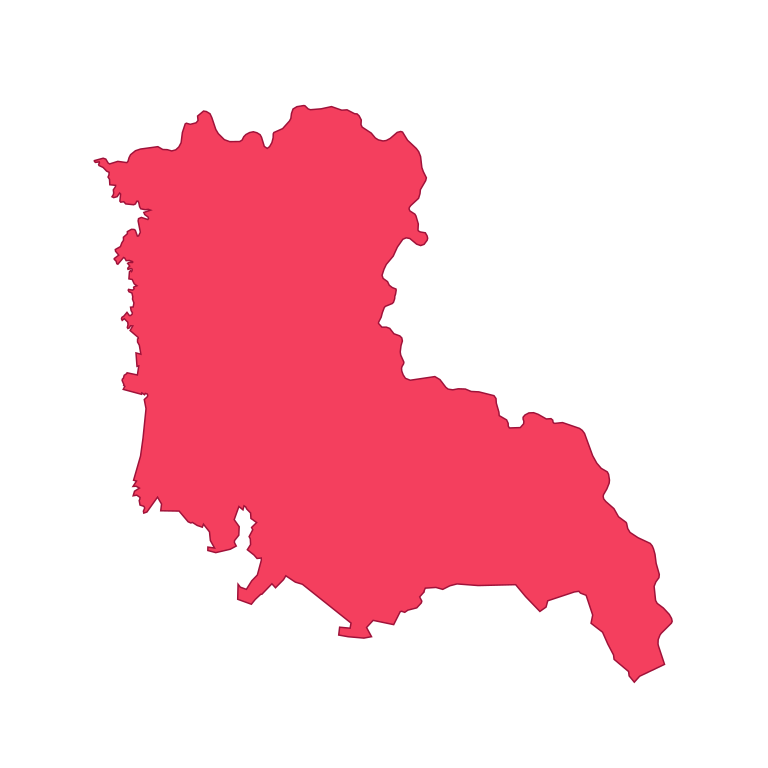 Skaņkalnes pag., Mazsalacas, Latvia, rotated 6°
{"feature_id": "27541924B43607455964711", "entity_name": "Skaņkalnes pag.", "entity_type": "district", "adm_level": 2, "iso_a3": "LVA", "parent_name": "Latvia", "parent_adm1": "Mazsalacas", "projection": "albers", "projection_center": [24.962, 57.86], "detail": "fine", "context": "isolated", "style": "filled", "palette": "rose", "viewbox_px": 768, "rotation_deg": 6, "n_neighbors": 0, "source": "geoboundaries", "source_scale": "gbopen_adm2", "svg_char_len": 6142}
<svg xmlns="http://www.w3.org/2000/svg" viewBox="0 0 768 768"><g transform="rotate(6 384 384)"><path d="M616.9,477.7L614.5,475.3L613.7,472.8L613.9,471.1L616.6,465.1L618.3,459.1L618.3,456.0L616.8,450.4L615.3,448.1L608.9,445.2L603.9,440.5L599.0,433.5L588.6,412.2L586.0,409.4L583.1,407.7L565.6,403.7L558.0,405.3L556.7,405.0L556.0,404.0L555.6,402.3L553.7,401.0L549.1,401.8L540.4,398.0L535.8,396.9L531.1,397.6L527.4,400.1L525.8,402.5L526.0,404.4L527.0,406.5L527.0,409.0L524.1,413.1L513.3,414.6L512.0,412.9L511.6,410.1L509.7,406.9L501.9,403.4L501.2,399.9L497.7,391.3L496.9,386.7L494.6,384.1L479.2,381.9L471.5,382.3L465.4,380.5L458.4,381.0L453.0,382.6L448.4,382.4L445.9,380.9L439.2,373.8L433.8,371.3L409.7,377.5L404.7,376.1L402.1,372.9L400.3,369.2L399.8,366.5L400.1,364.7L401.4,361.8L401.5,360.2L397.6,353.5L396.8,350.4L396.9,344.1L397.8,339.3L396.9,336.3L394.7,334.5L388.6,333.0L383.9,328.1L380.4,327.2L376.0,327.7L372.2,324.3L372.2,323.1L374.2,317.9L374.9,313.3L376.3,307.9L377.3,306.6L383.8,303.1L384.9,301.7L385.7,298.1L385.6,295.5L386.1,293.5L386.3,289.4L386.0,288.3L382.1,287.2L378.9,285.2L376.8,281.8L372.1,279.1L370.7,276.1L372.0,269.9L373.8,264.8L379.8,255.9L383.0,246.4L387.6,238.1L390.8,236.3L394.5,236.6L401.8,241.5L406.0,242.5L409.3,240.9L411.9,236.5L412.2,234.5L411.4,232.2L409.3,229.3L404.2,229.0L402.3,228.2L401.7,227.3L401.4,221.3L398.2,213.5L396.9,211.8L391.7,209.2L390.6,207.3L390.8,205.7L391.9,203.8L399.0,195.7L399.9,191.0L399.9,186.9L404.2,177.4L404.6,174.5L400.9,168.7L399.0,164.7L396.6,153.9L394.2,149.3L391.5,146.4L381.9,139.1L376.1,131.5L374.2,131.1L370.8,132.4L364.5,139.1L360.8,141.6L357.6,142.4L352.9,141.8L349.6,140.2L345.1,135.8L335.4,130.8L334.0,128.4L333.8,123.8L331.3,120.0L329.0,118.2L326.6,118.3L318.6,115.2L313.4,116.1L302.8,113.6L292.7,116.9L282.2,118.9L279.9,118.4L276.2,115.5L274.9,115.5L268.4,117.3L264.8,120.0L263.7,124.6L263.6,129.6L262.5,132.3L256.5,140.6L248.2,145.4L247.7,146.8L248.0,150.7L247.3,155.6L245.4,159.9L243.2,161.9L240.1,160.2L236.4,151.4L234.7,149.0L231.4,147.4L227.7,146.8L224.0,148.0L220.6,150.3L218.7,152.7L217.4,156.2L215.3,157.9L205.3,159.1L199.7,157.7L193.0,152.3L190.1,148.4L184.9,137.0L182.7,133.4L178.9,131.6L176.0,131.4L170.6,137.0L171.5,141.4L169.8,143.9L164.2,146.0L160.2,145.3L159.1,146.1L157.2,154.9L157.0,165.2L155.2,169.7L152.4,172.9L148.5,174.4L144.0,173.6L139.5,173.9L134.3,171.6L117.2,175.8L112.4,178.0L108.0,182.4L106.8,185.5L106.1,189.4L105.1,190.7L96.0,190.4L88.1,193.8L86.6,193.1L83.8,189.4L81.1,188.8L72.6,192.1L72.8,193.0L73.9,193.8L77.6,192.9L77.9,193.9L77.2,195.4L77.7,196.5L82.0,198.0L85.9,201.3L88.5,202.2L88.6,204.7L87.9,207.0L89.6,209.1L90.5,214.5L96.3,214.5L96.3,215.8L94.5,219.2L95.2,222.3L95.0,224.0L93.9,226.2L95.7,226.9L99.0,225.6L101.1,221.7L102.2,222.6L102.2,229.7L103.2,230.7L106.1,229.9L108.3,231.9L116.3,231.9L118.0,230.9L119.0,228.1L120.2,227.9L121.3,229.7L122.4,233.2L123.8,235.2L128.4,235.6L131.3,234.9L133.7,235.5L127.2,238.5L128.3,240.5L132.0,242.7L132.5,244.0L131.9,245.1L125.3,243.7L122.6,245.2L122.4,247.5L125.8,258.5L124.4,262.4L123.3,262.7L120.6,257.1L119.2,256.4L116.6,256.6L112.8,259.3L113.1,261.3L109.5,265.3L109.9,268.3L108.5,271.0L107.5,274.9L102.7,278.3L103.1,280.0L106.7,283.6L102.6,287.4L102.7,288.2L104.8,289.9L105.7,292.3L106.8,292.7L111.8,285.4L112.9,285.8L114.7,288.3L117.8,287.7L121.1,288.5L121.4,289.0L121.1,289.5L117.8,289.7L116.4,290.8L118.8,293.3L117.3,295.1L117.1,296.2L117.5,296.8L120.3,295.6L121.5,296.1L121.7,297.3L121.2,298.6L120.1,297.7L119.1,299.0L119.3,306.1L122.7,306.4L125.1,310.5L128.0,312.1L125.2,313.5L124.9,314.3L125.6,315.4L124.2,316.9L120.1,316.6L119.8,317.4L120.7,318.9L123.8,319.9L125.0,323.5L125.0,325.9L126.8,329.5L126.5,333.6L123.9,334.1L124.8,337.4L126.3,339.5L126.2,340.9L124.8,342.4L123.6,342.5L120.9,339.6L118.2,343.6L116.4,345.1L116.1,346.7L117.0,348.1L118.9,346.2L122.7,349.3L123.2,351.8L122.8,354.6L123.5,355.6L124.9,354.7L125.8,352.5L128.1,352.5L125.9,357.4L134.7,363.4L134.9,364.3L134.2,365.0L134.5,368.0L136.6,371.0L139.1,379.8L134.1,379.0L136.5,392.3L138.2,391.6L137.8,400.8L127.3,399.7L127.0,400.6L124.7,402.5L124.2,405.5L123.3,406.5L123.2,407.9L125.4,411.8L125.2,412.5L126.5,413.4L125.2,416.6L143.9,419.6L144.1,418.2L147.0,419.7L147.6,418.3L149.6,418.7L150.2,419.8L150.1,421.2L147.2,424.5L149.9,433.4L150.0,463.0L149.4,481.1L145.0,505.9L148.0,506.4L145.1,512.1L148.2,511.6L151.6,513.1L147.1,516.7L146.2,521.4L149.7,520.4L153.2,522.3L153.2,524.1L152.7,525.4L154.0,529.9L157.8,530.7L158.7,531.7L158.9,532.6L158.0,535.6L158.6,537.5L161.6,536.1L170.6,520.2L175.3,526.6L175.2,533.4L193.5,531.8L203.6,541.5L206.4,542.4L208.0,541.7L213.0,544.2L218.3,545.4L219.1,542.3L225.9,549.3L227.7,557.9L232.6,564.8L225.9,564.6L226.2,568.0L234.3,569.3L248.4,564.4L254.0,560.6L251.8,557.3L251.7,555.4L255.4,549.6L254.9,541.0L249.2,534.6L252.5,521.0L256.9,523.9L257.5,519.8L259.3,520.7L260.6,522.7L264.8,526.2L265.7,531.6L271.8,535.1L267.3,540.5L268.7,542.7L265.8,549.9L267.2,551.9L268.1,557.6L265.4,563.1L272.5,567.6L276.0,570.8L280.1,569.9L280.4,572.2L278.0,587.2L273.0,593.6L268.6,602.6L262.4,601.1L259.8,598.4L261.0,613.4L275.1,616.9L278.5,611.7L283.5,605.9L284.5,605.9L293.4,594.4L297.4,598.0L304.5,589.1L306.4,585.0L316.5,590.3L323.8,591.7L376.2,625.2L375.8,630.4L365.3,630.5L365.2,638.4L374.8,639.1L390.6,638.8L398.0,636.6L392.1,628.0L397.9,620.2L418.8,622.3L423.9,608.8L425.2,608.2L428.5,608.9L431.4,606.4L440.0,603.2L444.0,597.8L444.3,596.0L441.7,592.0L445.7,586.5L445.4,586.0L446.4,582.7L456.9,580.9L463.9,582.1L470.6,577.8L477.5,575.2L498.7,574.6L535.9,569.8L547.0,580.6L562.8,593.9L568.5,588.9L569.5,582.5L595.1,570.9L599.5,569.8L601.2,571.4L607.1,573.0L615.7,592.0L614.9,600.3L627.3,608.0L633.8,619.3L640.6,629.5L641.6,633.8L657.3,644.4L658.3,648.7L664.1,654.4L668.8,647.9L692.3,633.5L684.5,616.2L683.7,614.0L683.4,609.6L684.7,604.8L685.8,602.9L694.9,591.7L695.4,589.9L694.5,587.1L691.8,583.3L685.3,577.6L678.6,573.6L676.7,570.8L673.8,557.0L675.1,552.3L677.7,547.9L677.7,544.6L673.4,533.9L671.3,525.0L669.3,519.9L667.7,517.0L665.4,514.7L652.7,510.3L644.2,505.9L641.5,502.3L639.8,497.1L639.2,496.3L631.1,491.5L625.7,483.9L616.9,477.7Z" fill="#f43f5e" stroke="#9f1239" stroke-width="1.5"/></g></svg>